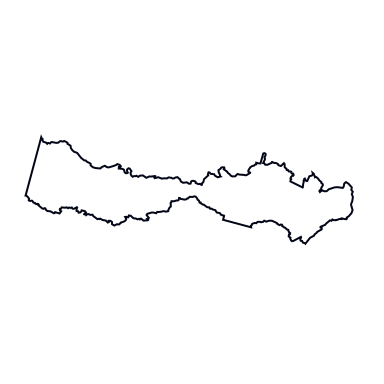 Anapu, Pará, Brazil, rotated 105°
{"feature_id": "56859067B83873357566696", "entity_name": "Anapu", "entity_type": "district", "adm_level": 2, "iso_a3": "BRA", "parent_name": "Brazil", "parent_adm1": "Pará", "projection": "robinson", "projection_center": [-51.328, -3.947], "detail": "fine", "context": "isolated", "style": "outline", "palette": "ink", "viewbox_px": 384, "rotation_deg": 105, "n_neighbors": 0, "source": "geoboundaries", "source_scale": "gbopen_adm2", "svg_char_len": 6028}
<svg xmlns="http://www.w3.org/2000/svg" viewBox="0 0 384 384"><g transform="rotate(105 192 192)"><path d="M213.2,81.6L207.2,75.2L207.8,74.8L208.5,75.3L210.4,74.9L211.0,74.1L210.8,73.0L212.2,71.7L212.2,69.7L212.6,69.1L205.7,66.1L202.6,62.8L201.2,62.6L199.1,61.0L198.1,60.7L194.6,57.1L193.2,57.4L193.0,58.7L192.3,58.8L189.2,54.8L187.8,54.3L183.7,51.4L183.7,49.8L182.2,49.3L182.5,48.1L182.2,46.3L181.6,45.6L181.7,45.1L179.8,42.4L179.4,40.5L178.7,40.6L178.6,40.2L178.7,38.2L178.3,35.8L177.7,35.5L176.6,35.9L175.0,34.4L171.3,32.5L167.9,32.2L163.3,35.0L161.9,35.2L159.8,34.8L155.8,35.2L154.8,35.5L152.7,37.1L150.1,36.8L148.7,38.7L146.7,38.7L146.0,39.1L143.6,42.8L142.6,45.6L142.8,46.1L144.5,47.1L147.7,46.9L149.0,47.4L149.7,52.8L150.6,55.4L153.9,60.5L156.3,62.1L157.0,64.0L156.8,66.3L157.7,67.6L158.9,68.4L158.1,69.2L156.9,68.7L156.1,67.6L155.7,68.1L154.5,68.2L151.9,67.4L150.7,67.6L149.7,69.5L148.9,69.7L148.0,71.7L146.1,74.2L145.3,76.2L145.3,76.8L145.8,77.1L142.9,79.1L142.3,80.4L143.2,79.9L144.1,80.0L145.1,80.5L146.4,82.7L151.5,83.5L151.8,83.9L151.6,84.9L149.8,86.5L150.3,87.0L151.9,86.8L152.2,87.1L153.0,86.7L155.4,86.7L158.5,86.2L159.0,86.3L158.9,86.8L156.3,99.7L154.5,99.9L153.9,99.5L153.3,100.4L151.7,100.2L150.1,99.1L149.8,98.9L150.0,98.5L149.4,98.2L148.6,98.6L148.1,99.1L148.3,100.4L147.8,101.0L146.9,101.2L146.6,101.9L147.1,103.6L146.5,104.6L146.0,104.8L146.2,106.2L145.0,106.8L144.9,107.5L144.0,108.9L141.0,109.8L140.4,110.7L143.9,112.8L143.8,114.9L143.4,115.9L142.8,116.1L142.3,118.0L142.7,121.1L142.2,122.1L142.3,122.5L143.5,122.9L146.2,126.2L146.7,128.3L145.5,129.7L145.6,130.8L141.8,130.0L141.3,130.0L139.9,130.9L137.2,130.4L136.0,130.9L135.7,132.0L136.3,133.1L146.7,133.3L147.2,135.9L147.1,137.5L148.7,137.2L149.2,138.2L150.4,138.8L151.2,140.4L152.9,142.0L155.9,143.0L157.2,143.1L157.7,142.9L158.2,140.9L158.5,140.8L161.5,143.6L162.1,145.0L162.0,146.1L162.9,150.7L162.8,152.5L163.8,153.4L165.6,154.2L166.5,157.1L166.1,158.9L164.9,160.5L164.3,162.4L163.3,163.2L161.8,167.2L160.6,166.8L159.9,167.3L160.3,169.2L161.0,170.1L162.1,170.5L164.1,172.1L166.2,171.2L167.8,169.7L169.2,169.0L169.6,168.3L171.1,171.0L170.3,174.0L169.1,175.2L169.6,178.5L168.6,180.2L168.7,181.1L170.5,181.3L171.7,180.6L176.5,183.7L179.5,183.6L180.9,184.5L182.4,184.3L182.7,184.8L182.0,186.3L182.7,187.6L182.4,190.5L182.2,190.9L181.3,191.1L180.9,191.9L180.8,193.4L181.3,194.8L182.0,195.5L184.3,195.6L184.8,197.1L184.0,199.5L185.4,203.0L184.7,205.5L182.6,207.1L182.3,208.4L181.4,209.8L182.3,211.8L183.4,212.7L184.0,214.1L183.6,215.6L184.0,218.5L185.3,219.6L186.1,222.9L186.9,224.5L186.5,228.5L188.3,231.6L187.7,232.2L186.9,231.5L186.2,231.6L186.2,232.0L187.6,235.3L188.1,237.4L190.1,239.8L188.7,243.7L189.7,246.5L191.3,247.9L190.7,249.8L191.3,250.6L191.7,252.2L192.6,253.2L192.2,254.3L191.0,255.6L189.5,256.3L187.5,255.9L185.6,258.2L185.4,259.1L186.0,259.9L187.0,260.5L188.4,260.3L189.9,259.0L190.6,259.6L191.0,261.0L190.3,262.2L188.1,263.5L187.9,264.1L187.7,265.5L188.3,268.8L186.7,269.1L186.3,267.8L185.8,267.4L185.2,267.7L184.5,269.0L184.4,271.4L185.3,272.0L187.2,274.5L189.9,279.0L190.0,280.9L189.2,282.9L190.9,285.2L193.0,286.7L193.8,291.1L193.8,293.9L192.6,296.8L191.0,297.2L190.6,298.1L190.0,301.3L189.1,302.7L189.3,304.3L187.8,307.9L183.9,313.1L183.7,316.2L182.6,318.4L180.9,320.4L178.7,321.3L177.7,324.7L176.8,324.9L176.2,326.4L175.8,328.7L176.7,329.7L176.8,331.9L177.2,332.7L179.0,334.0L179.7,335.8L180.0,340.2L180.3,340.9L181.9,341.7L181.8,343.5L182.1,344.1L182.9,344.4L182.0,346.0L182.0,348.5L180.8,349.8L179.4,350.1L179.2,350.9L178.1,351.8L238.5,351.8L238.3,351.1L239.7,348.8L240.7,347.6L242.2,347.6L242.5,347.2L242.5,345.9L241.8,344.5L242.1,343.6L243.2,342.6L243.3,340.7L243.9,340.2L243.9,338.6L243.5,338.4L243.4,337.6L243.8,336.8L244.6,336.8L246.6,332.5L246.7,331.0L245.8,330.3L245.8,329.4L247.3,328.2L247.8,326.5L247.3,324.0L248.3,319.8L247.7,319.1L246.9,319.0L247.0,314.4L244.4,313.4L243.9,314.7L242.9,315.3L242.5,315.2L242.4,314.4L240.6,313.9L240.0,310.4L239.3,309.2L239.7,307.5L238.8,306.8L238.9,305.6L238.1,304.1L239.0,303.2L239.0,302.4L238.5,301.4L236.5,299.3L236.8,298.9L238.3,299.1L240.2,298.6L240.1,297.0L241.3,296.2L240.7,294.7L239.1,293.7L238.3,293.8L238.2,291.4L238.3,290.2L239.4,289.0L240.8,290.4L241.4,290.4L241.4,288.6L241.7,288.3L241.0,287.9L240.1,286.2L240.4,284.3L239.7,282.2L240.7,281.3L242.7,276.3L242.0,275.1L242.1,274.2L241.5,273.7L242.2,271.3L241.9,267.7L243.3,265.5L242.7,264.6L242.1,264.6L241.8,265.2L241.3,264.9L241.0,263.2L241.7,261.5L243.8,260.9L244.5,258.4L242.5,256.1L242.6,255.4L242.0,253.8L240.0,252.9L239.9,252.3L239.4,252.1L238.6,250.6L237.2,249.2L235.7,248.5L234.7,248.9L233.4,250.1L232.9,249.0L233.1,247.6L232.9,247.0L231.0,246.9L230.8,245.0L232.3,242.2L232.5,241.0L232.1,239.5L232.5,237.6L231.7,236.3L232.0,235.3L231.1,234.9L230.9,234.3L232.2,231.4L230.7,227.3L230.3,227.1L229.5,228.2L229.2,227.4L228.2,227.0L226.0,229.9L224.7,229.6L222.2,225.5L221.8,223.6L221.8,221.1L220.2,220.4L219.6,217.9L217.8,214.4L217.7,212.0L216.7,210.0L215.8,210.2L213.0,209.7L211.5,208.7L208.0,209.8L207.0,209.3L206.2,209.4L205.6,207.0L204.2,204.8L203.9,203.5L203.1,202.8L201.1,202.9L201.0,201.9L201.6,201.0L201.2,196.9L200.4,195.5L199.3,194.8L199.3,194.3L197.2,192.9L196.7,190.3L195.6,188.6L195.6,187.1L197.0,185.2L197.9,184.8L198.5,183.1L200.3,181.9L199.9,181.0L200.7,180.3L201.4,177.9L201.2,177.2L202.6,173.9L202.7,172.0L202.3,171.3L203.5,170.1L203.0,168.6L203.5,167.5L203.5,164.8L205.4,162.8L205.2,160.2L205.4,159.1L206.4,158.4L206.7,156.0L206.4,155.3L206.7,154.8L210.8,154.8L210.8,125.7L209.3,126.3L208.4,125.7L207.4,125.7L206.8,125.2L205.6,123.2L205.5,121.8L204.1,121.1L203.6,120.2L203.2,118.2L203.4,117.6L202.5,115.7L201.0,114.8L201.4,112.7L199.6,109.7L199.1,107.2L200.0,102.0L200.7,101.5L200.7,100.7L201.1,100.2L201.3,98.7L200.4,97.7L200.3,96.7L200.7,96.2L201.6,96.0L201.9,94.5L202.4,93.8L202.4,92.8L203.7,90.3L203.7,89.2L205.3,88.3L206.1,86.9L206.5,87.2L207.2,86.4L208.0,86.7L208.2,87.3L209.9,87.1L210.7,85.0L211.7,85.0L213.1,83.8L213.6,82.7L213.2,81.6Z" fill="none" stroke="#020617" stroke-width="2"/></g></svg>